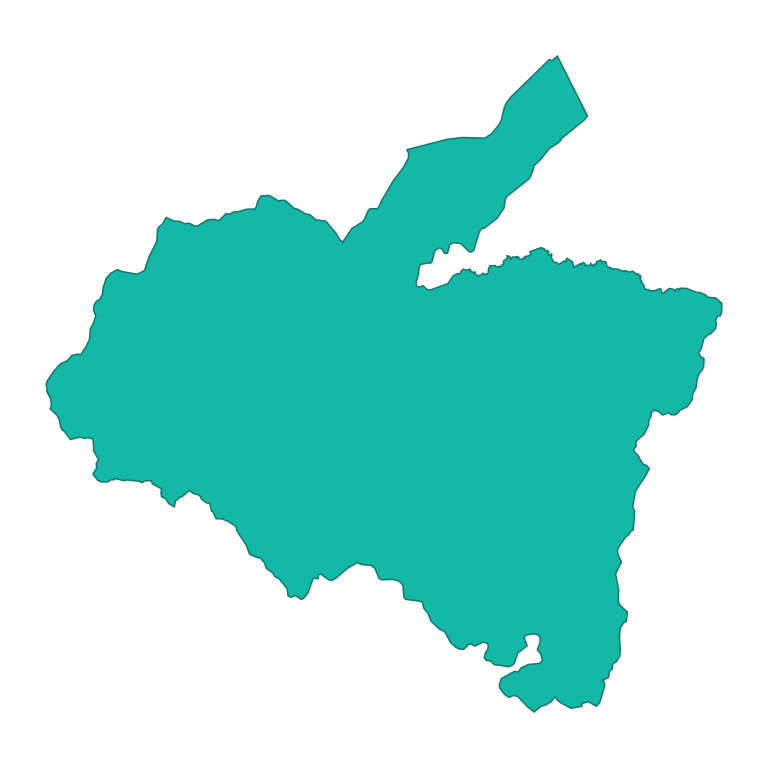 the district of Sekyere Kumawu, Ashanti, Ghana
{"feature_id": "2480657B32008532681061", "entity_name": "Sekyere Kumawu", "entity_type": "district", "adm_level": 2, "iso_a3": "GHA", "parent_name": "Ghana", "parent_adm1": "Ashanti", "projection": "equal_earth", "projection_center": [-1.235, 6.909], "detail": "fine", "context": "isolated", "style": "filled", "palette": "teal", "viewbox_px": 768, "rotation_deg": 0, "n_neighbors": 0, "source": "geoboundaries", "source_scale": "gbopen_adm2", "svg_char_len": 6089}
<svg xmlns="http://www.w3.org/2000/svg" viewBox="0 0 768 768"><path d="M50.3,408.8L57.0,415.3L59.5,420.2L60.6,426.6L62.1,429.6L64.5,431.5L70.3,439.5L79.6,437.2L85.5,438.4L87.2,437.5L93.1,439.1L93.8,451.2L98.7,459.7L96.3,463.3L96.6,468.2L92.9,474.1L97.8,480.3L101.5,481.9L107.6,482.0L110.9,479.8L113.8,479.8L115.0,478.5L123.6,480.6L127.1,479.9L138.9,481.2L142.2,482.6L144.6,480.8L151.4,480.7L152.4,484.0L161.5,488.7L161.0,492.7L161.7,497.0L165.2,498.3L169.2,503.9L174.4,506.8L175.5,500.6L177.4,499.7L179.6,496.9L181.4,497.1L189.2,490.6L193.5,493.5L198.2,494.8L200.6,496.5L201.3,498.9L206.4,502.9L209.6,503.2L211.6,511.3L213.0,511.8L216.1,518.7L221.0,518.7L226.9,520.7L234.6,525.4L236.5,527.6L236.8,530.3L239.6,535.2L246.1,544.7L249.6,554.2L258.5,558.0L259.8,557.2L264.5,562.9L266.5,568.6L272.7,572.9L274.8,576.5L279.0,578.7L287.2,588.6L288.0,595.5L288.9,596.5L290.8,597.2L295.5,595.5L301.2,599.4L303.4,598.5L307.7,593.4L313.2,578.3L318.2,578.6L317.9,575.5L320.4,573.8L328.5,579.7L331.6,580.5L335.3,578.6L347.9,568.0L357.3,562.6L362.4,564.7L371.0,565.4L374.9,568.4L379.1,578.3L381.6,579.8L393.3,579.4L398.8,581.1L400.9,582.9L402.9,585.4L403.8,595.8L404.5,598.3L405.9,599.4L419.2,601.0L422.4,602.3L423.9,608.4L428.2,613.6L431.0,621.1L439.7,629.3L444.7,631.6L450.3,642.1L455.7,647.2L459.5,649.1L463.5,649.4L468.7,644.4L471.1,644.0L474.9,646.1L482.9,642.2L487.2,643.1L488.2,645.7L487.9,648.8L485.4,652.8L484.2,657.6L486.4,660.4L490.7,661.0L494.0,664.5L508.8,666.7L512.7,665.0L514.4,663.0L517.8,652.9L527.1,645.8L524.1,637.5L525.3,635.3L533.1,633.8L538.4,634.9L539.9,637.4L540.2,640.0L539.8,643.6L537.3,649.7L541.0,654.3L542.3,660.3L539.6,663.5L528.6,664.4L521.4,667.7L518.2,671.9L514.3,671.5L501.4,678.5L499.3,684.7L499.9,688.3L504.7,694.5L509.2,697.4L513.2,695.5L517.6,696.3L527.8,707.0L534.1,711.9L541.2,706.1L545.1,705.2L550.9,701.9L555.1,696.7L557.1,699.9L560.2,702.4L571.1,708.3L581.7,706.3L582.1,703.5L588.4,701.6L596.1,706.1L599.6,702.9L604.4,686.8L604.7,684.1L603.7,681.0L602.3,680.3L607.9,677.9L608.9,676.5L609.1,671.9L612.1,669.0L612.7,664.1L616.4,661.6L619.7,656.3L620.3,650.6L619.4,636.5L620.2,628.1L623.5,623.0L626.3,621.3L627.3,612.0L620.8,606.1L619.0,603.7L618.3,600.0L618.6,589.3L615.7,574.8L616.2,572.2L621.5,562.1L617.8,554.0L617.6,550.3L617.9,548.2L625.6,537.0L628.6,534.7L631.0,531.1L633.2,530.0L634.5,514.2L634.4,511.0L632.6,507.0L635.1,493.0L635.9,490.5L644.9,476.8L649.3,468.6L646.5,465.3L644.3,465.0L642.4,463.3L637.9,455.3L633.9,451.6L634.2,448.6L636.3,446.2L635.8,443.6L636.5,440.8L644.2,434.0L648.6,425.3L648.7,420.5L651.0,416.1L651.4,412.8L653.8,410.1L658.4,411.3L662.6,415.0L668.6,412.8L671.3,414.8L674.3,414.8L676.7,414.1L679.9,410.4L687.2,406.6L690.9,401.6L692.5,398.5L692.5,394.6L696.1,387.4L696.9,380.1L698.4,375.3L701.1,370.5L702.4,369.9L703.8,365.7L703.9,358.4L700.7,356.9L698.5,352.7L701.1,349.0L704.0,338.3L708.9,334.2L710.7,333.8L715.8,328.1L716.3,323.2L715.3,320.7L717.7,315.9L720.0,315.9L721.5,313.4L721.9,303.5L715.6,297.9L707.4,297.2L705.6,295.0L700.3,292.6L696.4,292.3L686.3,288.3L680.0,288.3L679.1,289.9L678.5,288.9L676.8,288.8L674.9,290.9L673.6,289.4L669.4,288.4L665.3,291.3L665.0,292.7L661.6,293.0L661.0,289.2L659.5,288.7L655.6,290.6L649.4,290.7L648.8,289.5L647.3,289.8L644.7,288.6L643.8,285.3L642.2,282.6L641.5,282.8L641.1,280.2L639.9,278.5L640.8,277.4L640.2,275.4L639.3,275.7L638.2,273.7L636.3,274.3L632.8,271.1L629.4,272.1L625.3,270.6L624.6,271.2L619.6,270.3L619.1,269.4L610.7,268.6L610.6,267.6L607.0,266.7L606.1,262.4L604.6,261.4L601.5,261.7L600.8,260.0L596.8,261.6L596.2,263.0L596.8,263.6L594.2,265.7L594.1,264.6L593.0,265.7L590.8,263.6L590.9,265.0L585.4,265.7L585.6,264.4L583.1,262.5L581.3,264.3L580.6,263.5L573.9,267.3L572.5,261.9L567.0,258.3L566.0,259.9L566.4,261.5L564.9,261.9L564.1,261.0L559.1,264.4L556.3,262.4L553.5,262.0L551.4,257.8L551.8,253.4L550.9,254.9L548.2,254.8L548.8,252.6L548.3,251.1L545.5,250.2L543.4,248.3L542.0,248.8L541.4,247.5L529.9,251.6L531.1,254.0L529.5,255.6L525.1,256.5L525.4,257.7L523.9,257.6L522.0,259.5L519.6,258.9L518.0,256.5L517.0,256.6L516.6,258.0L515.2,256.9L512.3,257.1L510.7,259.3L509.7,256.5L507.0,255.8L507.5,258.2L503.5,261.0L503.5,263.6L500.8,266.3L495.9,266.9L495.4,265.7L489.8,265.8L488.3,269.8L488.3,272.9L486.1,274.6L482.7,273.2L481.0,275.0L477.7,276.0L475.3,273.6L475.2,272.0L473.1,272.7L472.0,271.6L471.3,272.1L470.7,270.5L469.7,270.7L469.9,269.2L465.7,270.1L463.6,269.1L461.0,271.1L460.3,273.9L457.6,273.6L453.2,275.8L447.9,283.6L431.2,289.7L427.8,290.0L422.8,285.7L420.1,286.8L416.7,286.8L416.0,282.9L418.5,274.3L419.0,267.6L420.4,264.5L427.2,263.0L430.3,263.3L431.9,262.1L434.6,251.4L436.5,249.1L439.5,247.9L441.9,249.0L444.6,253.5L447.5,253.1L449.8,244.6L453.8,242.7L460.9,243.6L469.2,251.8L471.5,251.9L473.8,250.3L479.4,231.5L482.0,228.2L484.1,228.4L497.0,218.3L503.9,208.2L505.3,199.6L506.6,196.6L529.6,178.2L532.8,170.8L533.8,166.0L541.6,158.3L549.1,148.6L557.8,143.1L560.9,140.2L560.5,139.4L584.1,120.1L587.5,116.0L557.3,56.1L552.1,60.7L549.4,59.5L510.8,97.1L506.6,102.6L504.4,107.2L501.3,120.0L499.0,124.8L491.5,133.8L484.9,138.1L461.6,137.5L446.4,139.5L407.0,149.7L408.6,153.5L408.4,158.1L403.1,167.9L393.3,180.7L381.4,201.1L378.7,207.1L377.1,208.8L370.1,208.6L368.2,210.5L364.2,219.7L361.9,222.3L352.0,228.4L343.7,240.6L343.4,242.5L339.6,239.6L336.0,233.2L325.8,221.2L315.5,219.7L310.1,214.8L305.1,213.7L298.3,209.5L293.7,208.1L286.1,201.1L283.8,200.2L278.0,200.7L269.4,195.4L261.0,196.0L257.8,201.0L256.6,206.1L255.1,209.0L246.8,209.2L238.5,211.6L234.3,211.7L229.7,214.1L226.0,213.7L218.7,220.7L214.1,219.4L207.6,219.8L197.4,226.1L194.0,225.7L189.1,223.1L185.0,223.8L179.7,221.5L173.7,221.0L166.3,217.4L162.1,224.6L158.9,226.8L157.5,229.5L156.8,241.5L149.3,256.3L145.5,266.9L145.7,268.3L143.7,271.0L137.3,274.2L122.1,271.6L117.4,269.6L110.7,273.3L106.1,278.6L103.3,287.2L102.3,294.8L99.4,299.6L96.3,301.3L93.8,305.9L93.6,310.7L95.8,315.9L93.1,324.1L90.4,328.7L89.5,339.5L85.7,347.3L80.7,354.6L77.5,354.1L72.0,355.4L67.3,360.7L60.7,363.6L53.7,371.3L47.1,381.1L46.1,384.8L47.3,389.1L46.5,390.6L50.9,399.4L51.3,405.4L50.3,408.8Z" fill="#14b8a6" stroke="#0f766e" stroke-width="1.5"/></svg>